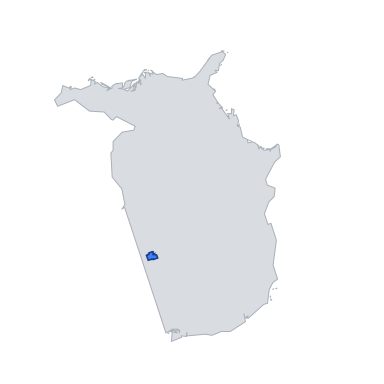 Valley, Montana, United States of America shown in context, rotated 250°
{"feature_id": "52423323B15703516824983", "entity_name": "Valley", "entity_type": "district", "adm_level": 2, "iso_a3": "USA", "parent_name": "United States of America", "parent_adm1": "Montana", "projection": "orthographic", "projection_center": [-106.597, 48.331], "detail": "fine", "context": "in_parent", "style": "filled", "palette": "blue", "viewbox_px": 384, "rotation_deg": 250, "n_neighbors": 0, "source": "geoboundaries", "source_scale": "gbopen_adm2", "svg_char_len": 4824}
<svg xmlns="http://www.w3.org/2000/svg" viewBox="0 0 384 384"><g transform="rotate(250 192 192)"><path d="M303.1,123.3L318.9,113.2L318.5,95.1L325.5,94.3L330.0,103.1L336.2,106.9L331.3,112.5L331.8,114.4L329.8,112.9L329.9,117.3L326.3,122.4L326.8,133.1L331.2,135.4L332.9,133.9L331.7,132.5L332.6,132.9L333.6,134.7L328.7,138.9L326.8,137.4L327.4,140.5L321.3,144.4L317.7,150.4L317.5,148.1L316.5,147.0L317.0,152.5L318.7,152.7L319.8,157.1L318.3,164.0L313.5,162.3L314.5,158.0L312.9,161.4L315.1,164.7L317.4,166.1L318.5,168.4L317.0,179.0L316.5,173.0L311.4,169.4L311.8,162.9L308.9,166.1L312.8,173.6L308.7,172.6L307.6,173.3L307.9,170.3L307.5,169.6L307.0,172.1L307.5,173.8L313.6,174.7L313.0,176.7L309.8,174.8L308.8,174.7L312.7,176.9L314.2,177.0L314.1,179.3L312.0,178.4L315.4,180.5L315.0,181.1L313.3,180.1L309.9,180.7L314.7,182.0L317.2,180.8L322.0,187.1L318.0,182.4L319.9,185.8L315.0,187.0L319.5,189.2L320.8,187.4L319.7,191.7L314.9,192.4L318.2,193.0L316.3,195.7L319.4,195.7L314.6,198.6L313.4,205.1L308.9,208.5L302.0,221.9L300.4,221.2L298.9,231.5L299.1,233.8L302.3,240.1L313.8,257.4L313.5,268.7L309.8,270.6L305.1,266.4L303.4,261.9L297.0,258.3L298.4,255.3L295.8,256.3L295.4,248.9L287.8,243.9L278.6,248.5L276.1,244.9L266.5,247.1L267.4,245.2L266.0,247.3L261.8,249.1L261.2,245.9L260.8,248.4L247.6,252.1L253.5,252.4L252.0,255.8L256.8,257.6L254.8,259.7L249.4,257.0L249.5,260.0L242.7,260.1L238.5,257.1L236.5,259.5L226.3,258.3L221.0,263.4L222.4,262.0L219.1,261.4L218.1,266.8L212.3,270.9L213.6,269.7L209.6,269.7L211.1,271.3L206.6,274.0L205.3,279.9L203.1,279.2L205.0,280.5L205.7,285.6L207.9,288.5L206.6,289.7L194.9,287.1L191.8,279.8L179.0,265.6L172.8,265.1L167.2,271.4L159.7,267.7L156.3,260.7L146.6,252.5L135.6,252.3L135.5,255.5L117.8,254.8L95.6,243.2L80.8,242.6L79.3,237.0L73.6,231.0L61.5,224.8L61.9,221.0L54.1,201.7L54.8,200.0L56.5,202.7L55.7,198.6L60.2,199.2L51.9,197.9L47.8,180.2L50.9,171.9L50.5,161.7L53.8,155.9L58.5,138.0L62.2,139.3L58.2,137.4L60.4,132.8L59.0,132.5L58.7,121.7L67.3,125.5L64.5,130.5L68.1,127.3L67.0,131.8L64.6,132.4L66.1,133.0L68.2,131.4L69.7,126.9L68.6,119.3L200.5,123.4L200.1,120.7L203.4,124.8L219.0,127.1L233.3,122.1L256.4,129.1L258.1,132.1L266.4,135.1L272.1,146.9L270.0,158.5L273.2,161.1L288.7,146.8L286.6,142.4L287.8,141.0L297.2,136.8L303.1,123.3ZM324.0,145.4L326.5,143.5L317.8,151.2L324.6,143.8L324.0,145.4ZM68.4,123.9L69.0,127.0L68.9,127.4L67.6,124.9L68.4,123.9ZM207.6,287.6L205.8,283.3L205.7,280.7L206.1,283.4L207.6,287.6ZM332.1,112.5L332.7,113.9L332.2,113.8L332.1,112.5ZM238.8,258.4L239.2,259.5L238.0,258.8L238.8,258.4ZM65.8,230.0L67.3,229.7L67.4,229.9L65.8,230.0ZM64.3,229.3L63.6,230.0L63.2,229.2L64.3,229.3ZM331.2,137.8L330.9,139.1L330.6,139.0L331.2,137.8ZM206.4,278.3L205.7,280.4L207.4,276.2L206.4,278.3ZM310.3,251.6L312.5,255.0L310.0,251.3L310.3,251.6ZM72.9,234.7L73.4,235.9L72.8,234.8L72.9,234.7ZM314.2,269.0L313.3,270.7L314.7,267.4L314.2,269.0ZM323.2,189.4L322.5,191.5L322.3,187.3L323.2,189.4ZM67.6,121.2L67.5,122.1L67.1,121.6L67.6,121.2ZM211.3,272.1L209.2,273.3L211.3,271.8L211.3,272.1ZM334.0,136.8L334.3,137.8L333.4,138.0L334.0,136.8ZM72.5,237.8L72.8,239.3L72.3,238.0L72.5,237.8ZM208.7,274.2L207.8,274.8L208.6,273.9L208.7,274.2ZM318.6,170.3L318.1,172.9L318.5,169.4L318.6,170.3ZM220.4,264.4L219.1,265.4L221.0,263.7L220.4,264.4ZM299.4,232.5L299.5,234.2L299.2,233.1L299.4,232.5ZM320.0,195.8L319.6,196.3L320.4,194.5L320.0,195.8ZM281.9,247.1L280.5,248.5L279.8,248.5L281.9,247.1ZM261.1,249.0L260.8,249.3L259.9,249.5L261.1,249.0ZM301.7,262.7L302.2,263.7L301.4,262.6L301.7,262.7ZM257.2,252.4L257.1,253.5L256.8,251.6L257.2,252.4ZM311.1,273.0L310.3,273.5L311.4,272.7L311.1,273.0ZM319.8,157.9L319.6,159.2L319.7,157.4L319.8,157.9ZM321.7,192.2L321.3,192.8L321.2,192.8L321.7,192.2Z" fill="#d9dde1" stroke="#a8b0b8" stroke-width="1"/><path d="M146.6,135.1L146.5,134.7L146.7,134.4L146.8,134.4L146.8,134.5L147.0,134.5L147.0,134.4L147.1,134.5L147.3,134.5L147.5,134.6L148.0,134.6L147.9,134.8L148.0,134.8L148.2,134.7L148.3,134.6L148.6,134.8L148.6,134.7L148.8,134.7L149.0,134.8L149.1,134.7L149.4,134.7L149.4,133.5L149.4,133.2L149.6,133.2L149.5,130.7L148.5,130.7L148.5,128.8L147.8,128.8L147.8,128.1L148.0,128.1L148.0,127.5L147.4,127.5L146.7,127.5L146.3,127.5L145.4,127.5L143.9,127.5L142.9,127.5L142.9,128.1L142.7,128.1L142.7,130.6L142.8,130.6L142.8,131.1L142.6,131.1L142.5,131.3L142.3,131.3L142.3,131.6L142.3,131.9L142.4,132.6L141.9,132.6L141.9,133.2L141.7,133.2L141.7,135.8L141.6,137.1L141.9,137.1L142.1,137.2L142.3,137.2L142.5,137.3L142.8,137.3L143.1,137.2L143.3,137.3L143.6,137.3L143.7,137.2L143.9,137.2L144.0,137.2L144.3,137.2L144.3,136.9L144.5,136.7L144.8,136.7L144.9,136.8L145.0,136.8L145.1,136.6L145.3,136.5L145.4,136.4L145.6,136.4L145.6,136.5L145.7,136.4L145.8,136.2L146.0,135.9L146.0,135.7L146.2,135.4L146.1,135.2L146.4,135.0L146.4,134.9L146.5,135.0L146.6,135.1Z" fill="#3b82f6" stroke="#1e3a8a" stroke-width="1.5"/></g></svg>